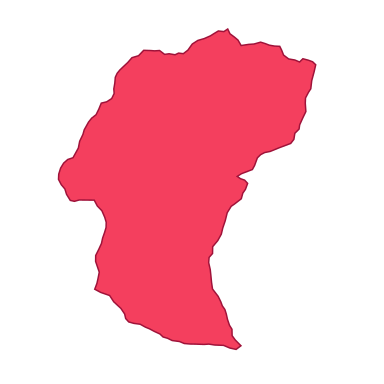 Ouro Verde, São Paulo, Brazil, rotated 176°
{"feature_id": "56859067B76679306167420", "entity_name": "Ouro Verde", "entity_type": "district", "adm_level": 2, "iso_a3": "BRA", "parent_name": "Brazil", "parent_adm1": "São Paulo", "projection": "mercator", "projection_center": [-51.742, -21.497], "detail": "fine", "context": "isolated", "style": "filled", "palette": "rose", "viewbox_px": 384, "rotation_deg": 176, "n_neighbors": 0, "source": "geoboundaries", "source_scale": "gbopen_adm2", "svg_char_len": 2137}
<svg xmlns="http://www.w3.org/2000/svg" viewBox="0 0 384 384"><g transform="rotate(176 192 192)"><path d="M295.8,101.8L290.1,98.2L281.4,94.5L277.7,87.9L271.1,80.9L267.7,75.0L267.0,70.4L264.2,66.8L259.2,65.0L252.9,63.7L248.0,60.5L244.0,58.5L239.2,55.5L233.9,52.6L231.0,49.4L226.6,47.8L222.1,45.2L214.9,43.7L210.3,41.4L204.6,40.5L198.9,40.0L190.6,39.1L185.8,39.1L180.2,37.8L171.2,36.8L165.1,33.7L159.0,31.9L153.9,35.2L159.2,41.4L162.0,45.9L161.7,52.3L163.9,56.4L165.5,62.5L166.3,67.9L167.4,72.5L169.7,76.3L170.9,80.4L173.2,86.1L178.3,93.8L178.8,100.4L179.0,107.5L179.2,113.3L180.3,120.4L179.5,125.6L175.8,129.2L175.2,136.0L169.7,141.7L165.7,147.9L163.8,154.0L160.9,160.9L158.3,168.9L153.9,175.0L150.5,177.0L143.3,181.8L141.4,187.3L138.5,190.9L135.9,196.7L138.7,200.2L142.7,201.9L145.8,204.4L141.4,206.8L134.5,208.9L130.2,210.2L127.7,214.1L124.4,221.5L120.9,224.5L116.7,226.3L111.2,227.0L102.1,230.0L90.1,233.6L86.7,237.4L85.3,243.4L80.8,247.3L79.9,251.5L76.4,258.0L72.8,264.3L72.8,272.7L72.2,277.9L68.8,283.4L66.3,286.7L64.8,294.7L61.8,303.4L59.7,310.3L62.6,313.5L66.8,315.4L72.1,317.2L75.6,314.2L80.2,316.5L86.3,318.0L91.1,322.2L92.7,327.3L94.3,331.2L99.4,331.8L104.7,333.1L108.5,334.9L113.1,336.7L119.8,335.3L125.2,335.3L132.8,334.7L135.5,340.3L138.8,343.5L143.1,347.2L145.0,352.1L149.0,349.8L154.5,350.8L158.8,348.6L162.7,346.5L169.1,344.2L175.6,342.8L181.4,339.6L186.2,333.8L191.0,330.6L195.7,331.5L199.3,330.1L205.2,331.5L209.7,331.2L214.5,335.4L219.4,335.4L223.4,336.0L230.3,336.7L235.8,331.7L242.5,330.2L247.1,325.6L251.9,321.7L255.4,318.8L258.4,315.6L260.5,311.8L261.4,306.1L262.8,300.3L262.8,295.7L265.6,290.8L270.9,287.9L276.3,287.0L279.1,281.3L282.3,275.8L286.9,272.7L290.3,269.0L295.2,261.5L296.8,257.0L300.5,250.5L302.3,243.8L308.3,234.5L313.7,233.1L318.0,229.8L321.4,225.0L323.7,219.1L324.3,213.9L321.9,208.4L318.6,203.9L317.3,198.4L314.0,192.1L309.9,190.9L305.1,191.9L290.1,190.7L287.4,184.6L283.2,179.6L280.8,172.8L279.7,167.8L280.2,162.6L282.0,157.8L284.4,152.2L285.9,147.0L288.9,141.5L292.5,135.4L293.0,129.5L290.1,118.5L291.8,112.2L293.2,107.5L295.8,101.8Z" fill="#f43f5e" stroke="#9f1239" stroke-width="1.5"/></g></svg>